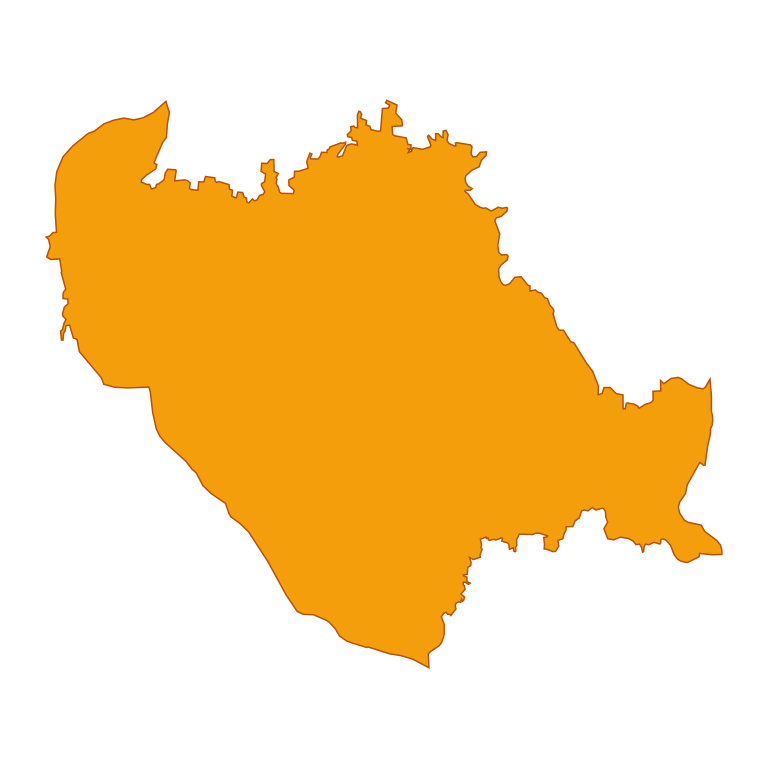 outline of Manikganj, Dhaka, Bangladesh
{"feature_id": "16705992B79131283702140", "entity_name": "Manikganj", "entity_type": "district", "adm_level": 2, "iso_a3": "BGD", "parent_name": "Bangladesh", "parent_adm1": "Dhaka", "projection": "natural_earth1", "projection_center": [89.956, 23.835], "detail": "fine", "context": "isolated", "style": "filled", "palette": "amber", "viewbox_px": 768, "rotation_deg": 0, "n_neighbors": 0, "source": "geoboundaries", "source_scale": "gbopen_adm2", "svg_char_len": 6092}
<svg xmlns="http://www.w3.org/2000/svg" viewBox="0 0 768 768"><path d="M428.7,135.2L427.5,136.5L430.8,145.0L430.4,146.7L422.7,149.3L413.4,147.7L412.4,148.1L411.6,151.3L408.2,152.6L409.3,150.5L408.1,148.8L410.6,149.4L411.0,144.7L407.9,144.4L406.2,137.9L394.7,135.8L392.7,134.5L392.1,126.5L402.3,125.8L402.5,125.0L401.7,119.7L395.7,113.1L397.0,105.0L386.8,100.3L385.6,102.8L389.7,105.2L388.4,108.1L382.4,108.5L380.6,130.9L377.8,131.3L371.0,129.6L369.8,126.3L365.9,124.9L366.6,120.5L360.5,118.2L361.7,114.5L360.3,111.8L358.8,111.3L357.4,115.0L357.6,127.8L355.0,127.4L353.6,126.0L350.7,126.7L351.1,130.9L347.3,134.6L347.8,136.7L351.8,137.6L352.3,140.4L356.8,141.1L357.4,145.2L351.6,143.9L347.6,145.0L346.4,146.1L342.6,155.7L338.6,157.1L337.2,156.5L337.7,154.5L345.5,144.2L345.6,142.2L342.5,143.4L341.1,142.8L330.1,146.9L328.9,149.4L327.3,149.9L326.9,152.5L321.5,152.3L320.1,156.5L317.9,159.1L310.8,158.8L310.4,157.5L311.9,154.1L309.9,153.2L306.7,161.6L308.1,168.3L298.8,171.2L294.5,171.3L294.3,177.2L288.8,179.9L289.0,185.6L294.3,190.3L293.2,193.6L281.3,193.3L279.7,192.2L278.2,186.9L276.2,183.8L276.9,179.0L276.1,177.5L278.3,173.5L274.1,171.5L273.8,159.5L270.3,159.6L267.1,163.5L261.8,163.2L261.0,171.3L265.6,174.1L264.6,181.8L261.6,183.6L261.3,185.2L264.8,191.9L263.1,194.3L259.6,195.4L257.2,199.8L254.6,200.9L252.4,198.9L248.8,202.8L246.9,202.1L246.5,198.1L244.1,197.1L242.6,192.5L237.8,192.1L236.3,197.9L231.8,196.3L232.5,190.2L229.5,189.3L229.1,184.7L218.8,181.5L216.7,182.5L215.2,181.1L214.8,177.8L205.5,176.5L203.8,181.9L198.7,181.8L197.9,190.3L190.7,189.4L189.5,188.4L190.2,183.0L187.5,180.6L185.0,179.9L174.7,180.8L176.2,170.5L175.4,169.8L167.7,169.2L165.3,173.0L164.0,179.9L158.4,184.0L156.5,184.4L155.7,187.5L152.6,188.7L151.4,188.9L149.7,184.5L146.8,184.4L141.2,182.1L141.5,179.7L146.3,175.3L155.7,168.9L156.9,164.6L154.2,163.0L154.5,161.6L162.7,142.3L166.4,137.4L167.4,123.9L169.4,112.7L165.9,101.4L153.3,112.5L143.0,117.8L133.8,119.9L123.8,118.1L113.7,120.2L104.0,123.8L94.3,131.2L88.2,133.4L72.7,146.0L63.1,156.7L56.8,171.6L55.0,185.1L55.7,198.8L55.3,214.1L56.5,232.3L52.9,232.6L49.6,236.1L46.1,237.1L48.6,239.3L50.2,246.6L46.7,257.0L50.8,259.5L59.7,258.9L61.7,271.2L61.2,272.5L65.7,289.1L63.2,292.7L63.0,298.5L67.8,299.1L68.1,303.7L64.3,307.1L62.5,314.0L62.8,316.0L66.0,319.4L64.0,323.3L62.4,329.8L60.6,331.0L61.4,340.0L63.0,340.1L63.6,333.4L65.1,330.9L66.1,325.6L69.6,325.2L73.4,338.1L77.0,339.3L79.4,351.7L101.5,377.9L103.7,384.2L114.8,387.3L127.7,387.9L148.9,387.1L150.3,391.8L152.7,412.6L156.3,428.9L160.1,436.6L165.5,442.9L185.7,461.1L192.2,469.4L196.2,472.8L203.0,485.8L211.5,493.8L225.6,503.5L228.9,513.4L231.0,516.9L239.5,523.1L248.7,532.0L267.9,561.6L285.9,594.5L297.3,611.6L303.3,614.3L313.7,614.8L326.2,620.2L329.5,622.5L335.3,628.8L339.6,636.1L346.6,640.9L351.3,642.7L366.7,647.5L368.2,647.0L389.9,653.9L400.3,655.5L412.3,659.0L428.9,667.7L428.3,653.9L430.5,651.5L439.3,645.7L441.4,642.8L443.3,637.8L444.2,634.0L444.1,624.2L441.4,616.7L443.8,613.3L446.2,612.1L447.5,614.2L449.6,614.3L450.8,615.6L455.9,609.0L455.2,605.4L456.1,603.2L458.9,601.8L460.8,602.3L461.4,599.1L462.6,601.2L463.7,600.1L464.6,597.0L460.9,594.1L465.1,589.4L464.4,585.6L463.3,584.9L463.2,582.4L465.0,582.0L468.4,584.4L470.2,583.1L467.0,581.6L466.9,577.1L463.9,576.1L463.3,575.0L467.3,574.2L467.8,567.4L470.7,565.6L471.1,562.3L469.5,557.5L473.4,559.6L480.2,557.3L480.0,555.3L482.1,549.2L480.9,547.5L481.6,544.8L480.4,539.2L486.0,537.1L486.4,538.5L487.9,537.9L488.3,539.8L489.3,540.3L493.5,539.4L496.0,540.0L501.8,537.7L502.5,538.6L501.8,541.2L507.8,543.0L508.8,544.5L509.5,549.3L513.2,547.8L513.9,551.3L515.2,551.7L515.9,551.0L515.6,547.3L516.8,545.2L516.6,539.6L519.4,534.1L532.3,534.6L536.2,533.1L539.1,533.1L547.6,535.9L547.0,536.9L543.7,537.4L544.5,544.7L544.2,549.0L546.5,549.1L552.7,551.6L555.5,551.4L558.8,546.2L557.9,540.4L562.8,538.8L564.2,533.4L565.9,530.4L566.2,526.8L572.8,526.6L575.1,520.8L579.1,518.2L581.7,510.8L584.5,509.9L588.1,510.9L592.1,507.5L595.9,510.0L602.4,508.2L603.8,508.9L605.4,511.5L605.8,517.0L607.6,522.2L603.9,528.7L607.8,538.8L613.7,539.8L620.4,537.2L628.4,538.5L633.0,540.9L636.0,544.6L639.5,544.1L641.4,547.2L642.6,552.2L643.6,551.7L644.1,546.5L645.6,544.1L648.5,544.8L654.0,542.4L659.8,544.0L660.7,543.1L660.7,539.8L662.6,538.8L665.5,539.8L670.5,545.2L674.3,555.0L677.6,559.0L680.0,560.8L683.9,562.0L687.5,562.5L699.0,556.9L699.8,553.5L712.8,554.8L721.9,554.5L721.9,550.4L720.4,544.9L716.8,540.5L704.6,531.3L701.2,525.1L687.7,522.2L684.3,520.1L679.8,513.4L678.3,507.3L679.7,501.9L685.5,493.6L687.3,484.7L699.5,462.9L700.1,462.5L703.6,465.4L705.0,465.1L707.6,446.4L710.4,434.0L710.6,428.5L712.2,425.1L712.7,420.4L712.5,415.6L711.4,411.4L711.4,395.4L710.0,379.1L705.2,387.4L703.1,388.8L697.5,387.9L688.7,384.3L681.9,379.0L678.4,377.4L671.2,378.4L663.8,383.7L660.5,380.5L660.8,390.9L653.0,391.3L653.1,400.4L650.5,402.8L645.1,404.4L639.0,408.3L637.7,406.1L633.8,404.1L627.1,402.9L626.3,403.4L625.2,408.8L623.1,408.8L623.0,394.9L616.4,393.7L610.0,387.5L603.9,387.6L602.2,393.5L598.2,394.7L598.3,385.8L592.7,371.3L586.5,363.2L574.0,342.9L570.6,341.7L563.5,330.2L559.3,330.2L557.0,327.3L553.0,313.7L553.9,311.1L553.2,308.9L549.7,304.9L547.5,298.7L544.6,297.7L541.4,293.1L538.0,292.3L535.4,289.9L529.9,291.1L530.0,285.9L527.8,285.1L521.2,276.7L514.8,277.4L509.6,283.7L505.4,285.4L503.0,284.6L500.5,281.1L499.0,276.6L498.6,268.9L500.9,265.1L507.3,259.9L508.1,256.2L506.9,254.6L501.5,255.0L498.8,252.5L497.8,245.4L499.7,233.9L494.8,220.7L496.4,217.9L501.3,216.4L506.9,211.2L507.5,208.1L506.6,207.4L502.2,208.3L498.3,207.2L491.2,211.1L485.8,207.9L483.1,208.3L479.6,207.0L475.3,204.5L468.1,193.9L464.7,191.3L465.4,190.3L470.2,190.2L472.2,188.7L467.8,185.8L465.9,182.8L465.1,179.2L465.7,175.9L471.7,170.3L479.1,166.9L481.3,160.4L486.0,155.6L486.5,151.9L480.1,152.3L476.4,156.6L473.0,157.0L471.0,154.0L472.0,146.8L470.5,144.9L456.9,142.7L455.4,143.0L455.9,145.8L454.9,146.1L449.1,143.6L447.0,140.6L448.1,134.7L445.9,130.3L443.2,131.1L443.0,137.6L440.9,136.7L438.1,133.7L435.6,133.7L435.7,140.5L432.0,139.1L428.7,135.2Z" fill="#f59e0b" stroke="#b45309" stroke-width="1.5"/></svg>